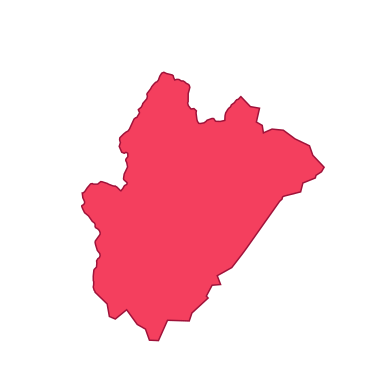 the district of Madison, North Carolina, United States of America, rotated 335°
{"feature_id": "52423323B54912107287089", "entity_name": "Madison", "entity_type": "district", "adm_level": 2, "iso_a3": "USA", "parent_name": "United States of America", "parent_adm1": "North Carolina", "projection": "equal_earth", "projection_center": [-82.727, 35.872], "detail": "fine", "context": "isolated", "style": "filled", "palette": "rose", "viewbox_px": 384, "rotation_deg": 335, "n_neighbors": 0, "source": "geoboundaries", "source_scale": "gbopen_adm2", "svg_char_len": 2578}
<svg xmlns="http://www.w3.org/2000/svg" viewBox="0 0 384 384"><g transform="rotate(335 192 192)"><path d="M92.1,146.5L90.6,151.1L90.6,155.0L90.3,156.0L89.8,156.8L88.4,157.6L86.4,157.8L86.0,158.4L85.8,161.1L85.9,165.4L88.1,169.9L89.2,176.4L90.5,178.9L90.5,180.6L89.6,182.2L89.5,183.5L90.9,185.5L91.5,187.0L91.7,188.5L91.5,190.3L90.7,191.6L83.6,195.6L82.8,196.9L82.3,199.1L81.5,204.9L82.4,208.8L81.9,210.8L80.4,212.3L78.4,212.7L76.4,214.1L75.7,216.2L73.7,219.7L70.7,220.8L70.0,221.4L66.9,226.6L65.1,230.6L65.0,231.8L63.6,234.6L62.3,236.4L61.8,239.7L62.1,241.2L61.8,241.9L67.8,257.6L64.5,269.9L68.8,274.7L83.0,271.1L86.4,288.9L91.9,296.6L90.8,308.3L98.8,312.5L115.6,297.9L135.0,307.7L140.8,301.6L161.8,294.9L161.0,292.4L170.8,285.0L178.8,287.9L179.5,278.5L196.1,277.3L211.2,269.5L217.4,266.1L267.4,237.5L270.6,236.5L271.0,236.0L271.4,235.3L271.8,235.0L272.4,234.7L273.1,234.6L274.6,234.8L290.5,237.8L296.3,230.7L309.7,231.4L311.4,229.3L317.9,228.4L322.2,225.4L317.0,209.8L318.0,199.8L307.8,187.4L300.9,174.6L291.1,168.8L281.7,168.6L283.8,161.3L279.9,155.8L288.6,144.6L281.0,139.3L276.6,126.2L275.9,126.4L273.3,127.5L271.5,127.3L269.5,128.1L268.5,128.9L264.5,129.7L262.9,131.1L260.8,131.6L259.3,132.3L255.9,134.6L254.2,136.8L252.0,141.0L247.5,140.0L243.9,138.2L243.2,137.7L242.7,134.6L241.2,133.8L236.0,133.3L234.7,133.9L232.1,134.4L228.6,133.5L227.1,132.6L226.8,130.1L227.1,128.3L229.1,122.0L230.3,120.3L229.0,117.2L226.3,116.4L226.1,116.1L225.2,112.2L225.5,110.2L225.7,109.4L226.7,108.5L230.2,101.1L232.2,98.8L234.3,96.2L234.6,94.0L234.0,92.6L232.8,91.2L231.9,89.1L230.9,87.6L229.3,86.9L227.7,84.5L225.9,83.5L223.7,83.2L223.7,80.6L224.1,78.7L223.5,77.5L218.9,73.8L217.1,71.6L214.8,71.5L211.8,73.4L208.7,76.5L206.5,77.4L205.4,77.2L202.8,78.2L200.1,79.5L198.0,81.1L193.0,83.7L192.4,84.4L192.1,86.3L190.5,88.4L184.8,91.0L183.8,92.2L181.8,93.7L178.2,94.6L178.0,95.7L178.1,97.3L177.8,98.2L173.5,101.1L172.2,100.9L170.3,101.4L161.8,108.6L159.7,109.7L157.5,109.8L154.6,110.5L149.6,112.3L149.0,113.1L148.4,114.2L148.0,117.0L145.3,119.9L145.3,120.4L145.1,126.2L146.9,128.2L147.6,128.3L148.4,128.0L149.4,128.6L150.1,129.8L148.8,132.9L146.3,134.1L145.6,134.8L145.2,135.7L145.3,137.7L144.2,142.1L138.1,147.1L135.6,150.9L135.4,151.6L135.6,152.6L137.0,155.8L137.0,156.5L136.0,157.6L134.1,157.6L133.1,157.9L130.8,159.6L128.1,160.9L127.7,160.5L126.1,156.0L124.8,154.0L124.2,154.0L122.7,152.8L119.6,149.6L119.0,148.6L114.9,144.8L113.7,144.0L109.8,145.0L105.8,143.1L105.2,142.2L103.5,141.8L98.9,143.9L94.8,146.4L92.8,146.8L92.1,146.5Z" fill="#f43f5e" stroke="#9f1239" stroke-width="1.5"/></g></svg>